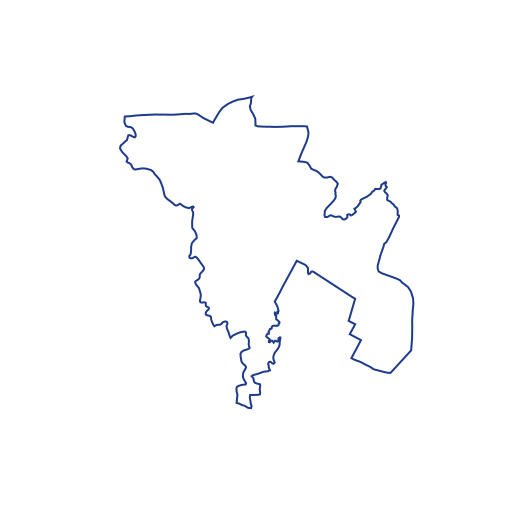 outline of Pur Rieng, Prey Vêng, Cambodia, rotated 28°
{"feature_id": "14789045B26766216675918", "entity_name": "Pur Rieng", "entity_type": "district", "adm_level": 2, "iso_a3": "KHM", "parent_name": "Cambodia", "parent_adm1": "Prey Vêng", "projection": "mercator", "projection_center": [105.263, 11.512], "detail": "fine", "context": "isolated", "style": "outline", "palette": "blue", "viewbox_px": 512, "rotation_deg": 28, "n_neighbors": 0, "source": "geoboundaries", "source_scale": "gbopen_adm2", "svg_char_len": 6122}
<svg xmlns="http://www.w3.org/2000/svg" viewBox="0 0 512 512"><g transform="rotate(28 256 256)"><path d="M300.6,380.7L301.0,382.3L302.4,384.6L304.8,387.3L307.8,394.8L310.6,394.2L313.5,394.2L316.0,393.6L320.5,393.8L323.0,392.7L322.7,390.7L320.5,388.5L318.9,386.3L316.9,383.8L316.1,381.5L323.0,377.6L324.4,376.3L324.0,374.9L321.9,372.0L320.9,369.1L319.8,367.4L316.7,368.2L314.5,368.4L313.1,367.7L311.1,365.2L308.6,364.2L309.3,362.6L313.0,359.1L317.1,354.6L320.3,352.4L322.0,350.4L319.6,348.5L318.6,346.7L317.5,345.9L317.2,344.4L317.4,343.4L318.1,342.7L318.9,342.7L320.3,343.0L322.0,343.0L322.3,342.3L322.5,341.2L320.1,339.2L318.8,337.3L318.3,335.4L318.0,332.6L318.9,327.5L318.9,325.5L318.6,323.5L317.4,321.0L316.9,319.8L316.2,317.2L315.8,316.5L315.1,316.8L314.5,318.0L315.0,319.0L315.5,320.4L315.1,321.5L314.2,321.7L313.6,321.5L312.6,321.8L312.3,324.2L310.8,323.4L309.9,323.2L309.0,323.8L308.9,325.0L308.6,325.8L307.8,325.9L307.2,325.1L307.5,324.3L307.6,323.5L307.0,323.1L306.0,322.8L304.6,322.7L302.9,322.3L302.4,321.2L302.7,319.2L303.8,318.6L303.3,317.5L302.6,316.7L302.8,315.7L302.6,313.8L303.4,313.3L303.8,312.6L303.2,311.1L303.6,310.0L304.9,308.8L305.7,308.7L306.6,308.0L307.3,307.9L307.9,307.3L308.3,306.3L307.7,305.1L308.2,304.4L307.7,303.3L306.0,302.8L303.5,302.3L302.9,301.5L302.3,300.0L301.8,299.2L300.8,299.3L300.2,298.8L299.6,298.0L299.3,297.1L300.3,297.0L301.6,297.1L302.3,296.3L301.9,295.3L301.1,294.9L301.7,293.9L298.9,290.9L297.1,289.5L294.0,287.5L294.1,278.7L294.0,269.7L294.2,241.1L303.2,240.7L304.8,241.0L307.4,242.1L309.9,246.5L310.9,247.3L312.0,246.0L312.1,243.9L313.2,243.1L314.2,243.0L359.4,247.0L363.6,247.2L368.3,269.8L375.6,269.7L375.5,281.0L388.2,281.0L388.2,301.4L391.5,301.4L397.8,300.5L404.9,300.5L407.4,300.3L411.8,300.5L412.5,300.9L423.5,298.3L427.7,297.1L429.7,295.9L437.3,266.5L432.4,255.3L427.8,246.3L424.0,239.3L419.9,230.4L417.4,224.3L414.5,219.6L409.4,214.6L404.7,212.0L400.7,211.3L397.6,210.9L394.5,209.8L391.4,209.9L385.9,210.6L380.6,211.4L375.0,212.2L371.5,212.0L369.2,209.8L368.0,207.4L365.5,196.7L364.3,188.4L363.5,185.1L364.6,182.6L364.7,176.3L364.2,168.4L363.9,154.2L363.2,153.1L361.9,153.3L361.0,152.0L360.6,150.5L359.4,149.0L358.3,147.7L356.3,147.2L355.1,147.1L353.8,146.1L350.7,145.5L349.3,144.9L347.6,145.0L346.0,145.0L345.3,144.7L344.3,142.4L343.9,140.6L342.4,139.6L340.0,139.1L339.0,138.5L338.5,137.9L338.9,135.7L339.2,133.8L337.6,133.2L336.8,132.4L336.6,130.4L335.8,129.8L334.6,131.7L333.3,134.3L333.9,136.2L334.2,138.1L333.1,139.2L331.4,140.1L329.8,140.7L329.7,142.2L329.1,143.8L328.5,144.7L328.2,147.3L326.1,151.6L323.1,155.7L322.3,156.9L322.1,158.2L323.1,159.2L322.7,161.6L322.6,163.6L321.9,166.1L320.7,168.1L322.2,169.1L323.5,170.1L322.7,172.2L321.7,174.6L320.7,175.7L319.3,175.2L317.7,176.1L317.2,177.0L317.9,177.9L318.5,179.1L317.9,181.0L316.7,182.4L315.1,182.8L313.0,182.0L311.3,181.8L308.3,183.9L306.5,184.6L303.9,184.7L302.7,185.0L300.5,188.3L298.5,189.1L297.3,187.7L295.7,184.1L295.8,180.8L297.9,173.6L298.8,169.7L298.9,167.3L298.1,165.1L297.0,164.1L296.5,162.6L295.4,161.6L294.7,160.0L294.8,156.7L294.3,153.8L292.5,152.8L288.8,151.9L286.3,150.9L284.2,151.3L281.9,153.4L279.5,154.6L278.0,154.7L274.6,153.6L271.8,152.8L269.0,152.6L266.1,152.9L263.8,153.0L260.9,151.1L257.7,149.5L254.6,150.2L251.3,151.5L249.0,152.6L248.0,145.2L247.0,132.0L246.2,127.4L245.2,124.0L243.8,121.6L240.2,117.7L237.7,118.7L226.6,124.6L218.8,129.4L212.2,133.1L207.7,135.3L202.1,138.2L196.6,140.7L194.2,141.0L192.9,138.4L190.7,134.9L186.7,131.9L182.9,129.7L180.2,126.6L179.9,123.9L177.6,118.5L177.8,117.2L175.9,119.1L171.4,123.0L166.6,126.5L162.8,130.8L159.8,135.0L156.9,140.8L156.0,145.6L155.5,155.0L155.5,158.5L145.2,158.9L137.7,158.2L135.2,158.7L130.9,161.6L126.4,163.9L119.8,168.2L114.4,171.3L108.8,174.1L100.1,178.7L89.4,185.0L83.9,188.4L79.2,191.7L74.7,194.4L76.8,199.5L80.0,202.2L82.1,202.1L84.8,201.0L87.4,201.2L90.0,202.9L92.4,204.8L93.5,206.6L93.3,208.1L92.3,208.4L87.9,208.5L86.6,209.3L86.9,211.3L87.5,213.3L87.6,214.3L86.7,216.3L85.8,219.2L84.7,221.9L84.8,222.9L85.5,224.9L88.1,226.5L89.9,227.4L92.8,228.2L94.9,228.9L96.9,230.1L97.4,233.4L99.0,233.7L100.5,233.4L102.5,233.8L103.9,234.7L105.1,235.7L107.1,236.6L108.9,236.3L111.7,234.0L112.6,233.4L114.3,232.1L117.8,230.5L122.8,229.4L125.6,229.8L128.2,231.3L131.5,232.4L134.7,233.7L136.6,235.0L139.9,237.8L142.2,240.0L145.5,244.0L147.6,246.1L149.4,246.9L151.4,247.4L158.0,248.4L158.7,248.7L160.1,249.1L161.7,249.0L162.9,248.0L164.1,245.7L165.3,245.6L166.8,245.9L169.0,246.1L171.3,246.0L174.4,245.2L176.4,242.5L177.3,241.8L178.0,242.2L177.4,244.2L177.6,245.0L178.4,245.8L179.8,246.8L180.8,248.3L182.6,253.3L183.4,255.5L186.3,260.8L187.2,261.5L189.9,262.5L191.6,263.7L193.9,265.7L195.3,268.1L194.2,270.7L193.5,274.1L193.5,275.5L194.6,278.8L195.8,280.9L196.9,283.5L197.5,285.6L197.1,287.2L197.6,288.2L198.5,288.8L199.4,288.7L200.8,287.9L202.4,285.4L203.1,285.0L204.7,285.3L206.5,286.0L209.5,287.6L213.2,289.4L214.6,290.1L215.6,290.9L216.3,292.4L216.0,294.4L215.1,297.6L215.1,298.8L216.3,301.4L216.4,302.4L216.2,303.5L214.8,305.9L214.4,306.9L214.9,308.2L216.6,309.4L220.3,310.9L221.6,312.0L225.0,315.5L225.6,316.5L226.4,318.3L227.6,322.0L228.4,322.8L229.2,322.9L230.5,322.3L231.8,321.3L232.6,320.9L233.8,321.1L235.1,323.6L236.0,323.8L238.6,323.8L239.1,324.5L239.2,325.3L238.4,327.7L238.2,329.0L238.6,330.5L239.3,331.3L240.1,331.4L243.2,330.6L244.9,331.0L245.4,331.9L246.5,333.4L247.7,334.5L248.8,335.4L251.4,337.2L252.4,337.5L252.8,336.6L253.7,335.3L256.6,333.4L257.4,332.1L257.7,330.2L259.1,328.6L260.3,327.9L261.6,328.0L262.4,328.9L262.7,330.0L262.8,331.6L264.1,333.4L267.3,336.0L271.1,339.7L272.0,340.3L272.4,338.9L272.8,337.3L275.4,333.7L276.6,332.2L279.1,329.7L280.3,328.8L281.2,328.2L282.1,327.9L283.2,328.4L284.4,330.9L286.5,331.9L287.6,332.1L288.2,332.5L289.2,333.7L289.9,334.8L290.9,337.2L291.9,338.6L293.5,340.1L293.3,341.1L291.7,343.0L289.4,345.3L288.1,348.0L288.2,349.6L289.3,351.5L292.1,355.3L293.4,356.5L295.5,357.3L297.7,357.7L299.2,358.6L299.6,359.7L299.5,364.8L300.3,367.2L301.4,369.1L302.8,370.4L307.0,373.0L307.2,374.2L303.7,376.7L301.6,378.9L300.6,380.7Z" fill="none" stroke="#1e3a8a" stroke-width="2"/></g></svg>